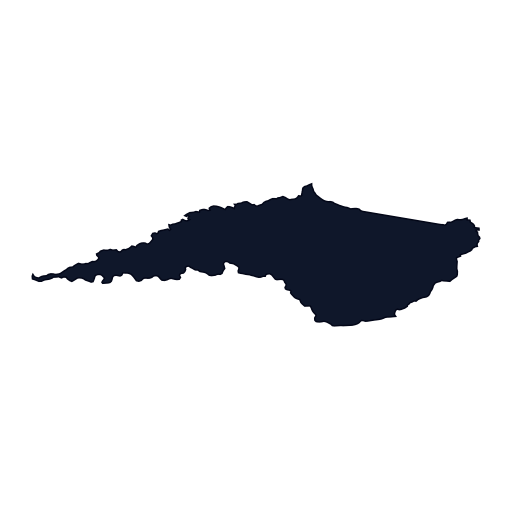 outline of Bandeirantes do Tocantins, Tocantins, Brazil, rotated 89°
{"feature_id": "56859067B76010541703685", "entity_name": "Bandeirantes do Tocantins", "entity_type": "district", "adm_level": 2, "iso_a3": "BRA", "parent_name": "Brazil", "parent_adm1": "Tocantins", "projection": "equal_earth", "projection_center": [-48.669, -7.991], "detail": "fine", "context": "isolated", "style": "filled", "palette": "ink", "viewbox_px": 512, "rotation_deg": 89, "n_neighbors": 0, "source": "geoboundaries", "source_scale": "gbopen_adm2", "svg_char_len": 6094}
<svg xmlns="http://www.w3.org/2000/svg" viewBox="0 0 512 512"><g transform="rotate(89 256 256)"><path d="M184.8,199.1L185.8,201.7L186.9,203.9L187.4,206.1L188.6,207.7L189.8,208.2L191.2,208.3L192.7,208.7L193.8,208.8L195.0,209.2L196.3,209.2L196.9,210.5L196.5,212.3L197.7,213.2L199.0,214.5L199.8,216.5L200.0,219.3L200.4,221.3L199.6,223.4L198.1,225.6L197.0,228.1L198.1,231.0L198.3,233.1L199.2,234.4L199.0,236.3L199.0,238.5L200.0,241.0L201.0,242.8L201.5,245.0L202.6,247.1L204.5,248.9L205.4,251.9L206.2,253.8L205.9,255.5L204.6,256.9L204.8,259.1L202.7,262.3L201.6,264.1L201.7,266.2L202.0,268.0L202.9,269.7L203.2,273.1L204.0,274.5L204.0,276.6L205.4,275.6L206.6,276.6L208.2,276.9L207.3,278.6L206.6,280.5L206.2,282.1L206.2,283.6L207.5,284.9L209.0,286.1L207.1,289.9L206.5,291.4L206.0,293.1L205.6,294.6L205.3,297.5L206.0,300.0L207.4,301.9L209.4,301.0L209.7,303.2L208.9,305.3L208.5,307.1L208.7,309.0L209.4,311.4L211.2,311.8L210.5,315.3L211.2,317.4L211.4,319.8L211.5,321.4L213.2,324.8L214.4,326.5L215.2,324.7L214.1,323.2L215.3,322.0L216.2,323.0L217.6,323.4L218.5,321.7L219.5,323.6L219.7,325.2L219.2,326.7L218.1,328.6L218.8,330.0L220.2,330.0L221.1,332.0L221.8,334.3L222.5,336.2L222.8,338.8L223.7,340.8L223.2,342.5L224.9,342.3L226.4,341.8L227.7,340.8L228.9,342.0L227.5,343.6L228.6,348.4L228.9,350.5L229.7,353.0L231.1,353.3L232.0,354.8L231.2,356.6L231.6,358.8L234.0,360.3L235.7,359.0L237.5,358.9L238.9,360.0L240.4,361.3L241.6,362.5L242.3,364.8L241.3,366.2L241.0,367.8L241.1,370.0L241.6,371.8L242.3,373.1L243.4,374.8L245.2,376.1L244.3,378.1L243.9,380.0L245.1,381.3L246.3,383.0L247.5,386.3L247.2,387.9L247.7,389.5L248.8,390.5L249.7,391.8L249.1,394.1L247.4,395.5L247.7,399.0L246.9,401.7L247.7,403.9L247.7,406.0L247.4,408.2L248.5,411.5L249.9,412.7L251.2,415.4L252.6,415.1L254.0,413.7L255.4,413.0L257.1,414.4L258.3,415.8L258.8,417.6L258.7,419.8L259.7,422.1L260.7,423.9L260.6,426.4L261.1,428.0L261.1,430.7L260.3,433.6L260.9,434.9L262.6,437.9L263.9,439.5L264.1,442.4L265.0,444.3L266.4,445.9L267.4,447.8L269.8,451.4L270.5,453.0L270.9,455.8L270.9,457.4L270.4,459.2L270.3,461.7L270.9,464.1L271.8,465.1L272.2,466.6L272.3,468.7L272.8,470.8L274.3,473.8L273.6,476.4L272.8,478.0L270.5,479.4L272.2,480.1L275.0,479.9L275.8,477.5L277.5,473.5L277.5,470.9L276.8,469.5L276.1,467.6L275.7,464.6L275.4,462.8L274.5,460.3L273.6,459.0L273.5,455.4L273.2,453.8L274.5,450.9L273.6,448.7L273.9,446.1L275.6,444.9L277.3,442.6L278.2,440.6L277.2,438.8L274.8,434.8L274.7,432.6L275.0,430.4L275.9,428.4L277.0,427.0L278.4,423.1L279.2,421.3L278.8,419.4L277.2,418.7L275.4,418.0L273.9,417.6L272.6,416.9L271.7,414.7L271.7,412.0L272.6,410.3L274.0,409.1L275.1,407.9L276.8,408.5L278.3,409.8L279.6,410.5L280.6,409.8L280.3,404.4L279.9,402.5L278.7,401.1L276.9,400.4L275.2,400.0L273.9,399.4L272.9,397.9L272.8,395.9L273.6,392.3L272.9,390.7L270.5,389.3L270.7,386.9L270.7,385.1L271.2,383.1L272.1,381.1L273.7,379.6L275.0,378.5L278.6,376.0L279.2,373.6L278.4,371.1L276.9,369.7L276.1,368.0L276.1,366.2L276.3,364.6L276.2,362.6L275.5,360.5L274.3,359.0L273.9,357.3L274.0,355.4L274.6,354.1L275.9,352.9L277.2,351.9L278.5,350.5L278.8,347.9L278.2,345.3L277.3,343.4L276.8,341.3L277.3,339.4L277.8,337.4L278.1,335.5L277.9,333.1L276.1,331.9L274.3,332.8L273.0,332.6L272.1,331.2L271.7,328.8L270.2,327.4L268.3,326.6L266.4,327.0L265.1,325.4L264.9,323.2L266.2,321.7L267.1,319.8L268.0,318.4L268.8,317.0L269.0,314.3L270.5,312.4L271.3,308.1L272.0,306.2L273.1,304.6L274.4,303.1L274.8,300.8L274.4,297.0L273.7,295.5L273.5,293.9L273.7,292.0L272.8,290.3L271.3,289.7L269.6,288.8L268.0,287.5L264.7,288.3L263.6,288.8L262.0,288.2L261.0,286.9L261.0,284.9L261.7,283.3L262.6,282.3L262.9,280.6L263.3,278.6L265.8,274.5L267.3,273.1L269.0,273.5L270.6,274.1L272.4,273.8L273.0,271.6L273.3,269.6L273.7,268.0L274.1,266.4L274.6,262.6L275.2,261.1L275.8,258.5L276.7,256.1L277.3,253.6L277.2,251.6L276.4,249.4L276.4,247.1L274.6,246.4L274.1,244.4L274.0,242.4L275.2,240.5L279.5,237.1L280.0,235.5L279.7,231.9L279.9,229.8L280.8,228.4L282.6,227.8L284.0,226.8L285.3,226.2L286.6,226.7L287.9,227.5L289.4,227.1L290.2,225.6L290.8,222.8L291.9,221.5L293.5,222.0L294.8,221.1L297.7,218.5L298.6,217.4L299.5,215.5L300.3,213.0L303.2,211.9L304.5,210.8L306.9,208.2L306.8,202.8L308.5,201.7L310.3,201.1L311.9,200.4L313.5,199.3L314.9,198.0L316.2,196.9L317.4,197.4L318.5,198.2L319.7,198.4L321.4,198.2L322.6,197.0L322.9,195.3L323.0,193.4L322.8,191.3L322.4,189.3L322.8,187.5L323.4,185.9L325.5,182.2L326.9,180.9L327.2,179.0L326.9,172.3L327.1,170.0L326.9,163.6L326.8,160.9L326.2,158.0L325.4,155.7L324.3,153.9L323.2,153.0L322.3,151.6L322.5,149.6L323.1,147.8L323.0,145.7L322.0,138.7L321.8,136.6L321.5,134.0L321.1,131.8L320.4,129.8L319.6,127.9L319.3,126.1L319.2,122.4L319.0,120.4L318.8,117.4L317.1,118.5L315.9,118.5L313.9,117.9L312.3,117.0L311.6,115.4L312.2,113.7L311.9,111.9L310.6,108.2L308.9,105.6L307.6,105.4L306.5,103.7L305.4,102.9L304.7,100.7L303.7,98.9L303.9,96.7L302.3,94.8L301.4,92.8L300.4,90.0L300.1,87.8L299.7,86.1L298.5,84.2L296.7,83.0L294.8,82.3L292.6,80.7L290.6,79.8L288.7,79.3L287.5,78.4L286.0,77.2L285.2,75.0L284.6,72.5L283.7,70.8L284.1,68.6L284.3,65.8L284.7,62.6L282.9,60.5L279.8,55.7L278.2,55.1L274.9,54.9L272.3,55.5L269.7,55.4L265.0,55.0L263.0,55.6L261.1,55.5L259.7,51.5L258.2,51.7L256.8,46.2L255.6,43.9L254.7,41.7L253.4,40.1L252.1,39.6L250.5,36.6L250.2,34.5L248.9,34.8L247.2,34.6L245.3,33.1L244.0,33.2L242.5,31.9L241.1,32.2L239.5,33.7L237.7,34.0L236.0,34.1L235.2,35.4L233.8,35.4L233.9,32.5L232.1,32.6L231.7,35.4L231.2,37.2L229.6,37.1L228.1,38.0L227.0,39.4L226.0,41.0L223.9,41.5L223.7,44.2L221.8,44.3L222.3,46.4L223.0,48.4L223.3,50.3L223.3,52.3L223.0,54.0L223.6,56.1L224.9,58.5L225.8,60.5L225.6,62.1L225.7,63.9L227.7,65.1L228.5,66.8L228.0,68.3L227.9,70.2L227.5,72.7L213.3,148.6L212.5,150.6L211.1,151.9L210.6,153.4L210.3,154.9L210.3,156.6L210.4,158.6L210.6,160.7L209.8,162.3L209.1,164.1L208.8,166.1L208.2,168.2L207.5,170.0L206.9,171.9L206.1,173.5L204.8,176.7L203.6,178.2L203.0,180.4L203.0,182.9L202.6,185.0L201.9,187.0L200.6,189.1L199.1,191.1L197.5,193.0L196.3,194.6L195.1,195.4L193.9,196.1L192.7,197.1L191.5,197.5L190.1,197.8L188.3,198.6L186.6,199.1L184.8,199.1Z" fill="#0f172a" stroke="#020617" stroke-width="1.5"/></g></svg>